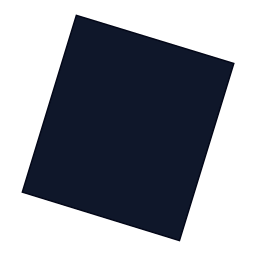 Floyd, Iowa, United States of America, rotated 287°
{"feature_id": "52423323B81223341239547", "entity_name": "Floyd", "entity_type": "district", "adm_level": 2, "iso_a3": "USA", "parent_name": "United States of America", "parent_adm1": "Iowa", "projection": "mercator", "projection_center": [-92.836, 43.06], "detail": "fine", "context": "isolated", "style": "filled", "palette": "ink", "viewbox_px": 256, "rotation_deg": 287, "n_neighbors": 0, "source": "geoboundaries", "source_scale": "gbopen_adm2", "svg_char_len": 225}
<svg xmlns="http://www.w3.org/2000/svg" viewBox="0 0 256 256"><g transform="rotate(287 128 128)"><path d="M35.8,45.7L35.4,210.1L220.6,210.3L220.6,45.7L35.8,45.7Z" fill="#0f172a" stroke="#020617" stroke-width="1.5"/></g></svg>